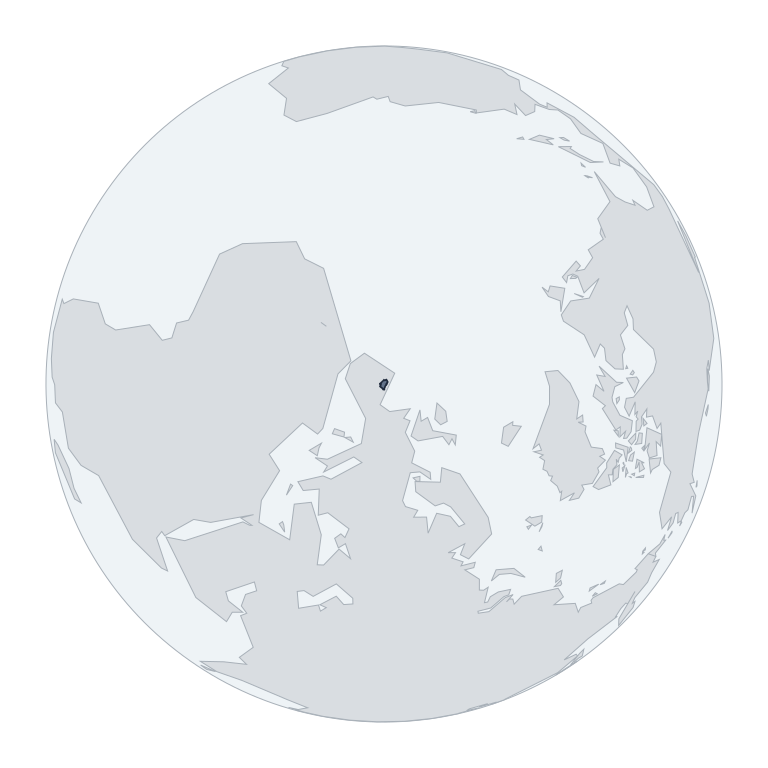 the Earth from above León, rotated 125°
{"feature_id": "ESP-5830", "entity_name": "León", "entity_type": "Autonomous Community", "adm_level": 1, "iso_a3": "ESP", "parent_name": "Spain", "parent_adm1": "", "projection": "orthographic", "projection_center": [-5.923, 42.635], "detail": "fine", "context": "on_globe", "style": "filled", "palette": "slate", "viewbox_px": 768, "rotation_deg": 125, "n_neighbors": 0, "source": "natural_earth", "source_scale": "10m", "svg_char_len": 11724}
<svg xmlns="http://www.w3.org/2000/svg" viewBox="0 0 768 768"><g transform="rotate(125 384 384)"><circle cx="384" cy="384" r="338" fill="#eef3f6" stroke="#a8b0b8"/><path d="M106.8,577.2L97.6,561.6L90.4,548.6L76.6,522.3L59.0,468.2L59.8,459.1L57.6,447.8L64.8,440.9L65.5,417.0L63.7,409.1L60.2,411.7L56.5,381.3L58.7,359.5L66.0,277.3L70.8,263.4L77.3,250.7L112.2,190.1L82.0,237.0L89.4,221.8L101.4,201.9L102.1,202.2L120.2,178.5L131.3,164.1L157.5,140.0L186.5,125.3L178.4,132.0L186.3,128.4L197.0,120.1L202.0,115.7L243.7,98.2L281.0,80.0L286.6,73.5L290.2,76.2L296.8,64.4L313.1,57.6L298.4,66.0L299.7,67.6L312.7,62.9L316.9,63.7L325.5,62.1L329.4,63.7L320.5,69.4L322.8,70.8L331.9,67.5L341.4,67.7L327.8,72.2L343.1,73.2L331.1,84.7L291.6,98.5L288.5,108.9L257.3,134.8L263.8,134.8L256.1,145.7L260.6,150.0L253.6,154.4L263.3,154.2L268.9,149.5L275.1,148.1L278.3,150.4L269.8,156.1L267.0,155.7L266.2,158.7L260.6,160.6L265.1,161.0L254.5,168.0L269.7,164.8L265.1,173.6L256.8,177.3L251.7,172.0L219.7,170.0L209.7,173.6L200.8,183.2L196.3,210.9L187.8,217.4L180.5,229.8L187.9,228.0L196.2,217.9L208.2,218.5L217.0,206.8L223.1,205.7L234.6,196.4L239.1,203.4L237.5,215.6L228.2,223.9L227.2,229.8L241.2,226.9L228.9,248.2L229.6,273.0L225.7,278.4L208.9,278.7L195.9,265.1L174.1,268.4L194.6,272.4L184.6,287.1L185.6,292.4L189.9,295.5L196.2,292.6L194.1,299.3L173.1,297.1L174.6,290.9L181.3,291.4L175.1,285.5L160.9,285.5L156.9,293.7L139.6,287.4L136.6,293.5L131.1,295.9L137.1,286.5L126.0,303.7L105.0,303.5L89.4,333.6L97.8,301.9L96.6,290.9L93.6,280.9L90.8,285.5L90.7,268.0L84.0,264.5L71.9,281.9L64.2,303.9L65.2,320.6L70.1,315.9L73.4,325.5L61.4,342.7L65.8,366.4L59.8,383.3L59.8,398.7L64.3,406.0L68.3,420.7L74.4,416.8L82.9,422.0L79.7,437.5L87.0,429.6L89.9,443.2L108.9,463.7L106.6,465.6L122.0,500.7L144.1,526.1L149.2,540.9L146.0,545.5L154.8,553.2L155.1,557.6L195.0,585.8L219.3,606.3L221.1,620.2L205.9,627.7L204.1,650.7L180.0,643.6L181.9,650.2L177.2,651.1L164.6,641.0L143.5,621.4L124.2,600.1L106.8,577.2ZM84.2,342.0L89.6,377.3L82.0,366.7L84.3,366.6L83.9,355.4L81.5,339.9L76.2,331.6L84.2,342.0ZM96.8,336.4L95.4,331.5L97.4,335.1L96.8,336.4ZM203.6,113.8L196.7,120.0L185.6,127.6L190.8,122.1L203.6,113.8ZM225.5,101.4L223.4,104.0L214.8,106.6L218.6,104.3L225.5,101.4ZM289.7,69.2L283.3,72.2L288.1,69.1L289.7,69.2ZM326.0,61.7L326.5,60.7L330.8,60.4L326.0,61.7ZM231.3,193.3L232.8,194.8L229.9,195.7L231.3,193.3ZM234.7,188.0L230.1,188.0L231.1,185.5L233.9,185.5L234.7,188.0ZM340.7,62.8L347.4,62.9L339.0,63.7L340.7,62.8ZM240.1,188.7L233.4,181.1L235.2,176.9L247.3,173.7L240.1,188.7ZM350.3,63.7L366.8,64.7L369.3,62.4L371.5,70.2L356.8,66.3L346.0,67.4L351.5,65.3L350.3,63.7ZM269.3,147.1L263.5,152.1L265.4,145.9L269.3,147.1ZM269.0,143.5L266.0,127.6L276.2,121.8L275.1,128.0L286.0,119.3L292.4,124.2L287.9,130.1L280.0,132.7L288.5,132.7L269.0,143.5ZM370.1,74.8L372.7,76.2L368.3,75.8L370.1,74.8ZM277.7,147.0L276.2,144.1L284.9,138.8L289.5,143.7L285.2,143.8L277.7,147.0ZM285.6,114.9L292.9,112.1L300.2,115.2L304.0,114.6L293.4,123.8L285.6,114.9ZM284.9,146.2L291.7,146.4L290.5,151.2L279.8,149.6L284.9,146.2ZM285.2,135.4L289.6,133.2L288.7,136.0L285.2,135.4ZM290.0,169.2L288.0,165.3L292.4,162.1L290.0,169.2ZM294.3,146.2L294.6,144.6L296.1,143.0L300.2,144.2L294.3,146.2ZM299.3,125.6L300.8,127.7L304.0,122.0L309.5,124.4L301.5,130.3L307.3,128.8L309.0,129.6L300.5,133.6L299.3,125.6ZM308.9,140.9L300.6,149.9L303.4,157.5L299.5,160.5L295.8,147.7L308.9,140.9ZM304.7,136.2L306.5,139.7L300.8,141.3L296.2,139.9L304.7,136.2ZM316.2,124.2L309.7,118.8L311.7,117.8L316.2,124.2ZM310.8,142.7L312.8,140.5L311.7,143.0L310.8,142.7ZM315.8,129.4L313.2,127.5L315.6,126.4L315.8,129.4ZM318.9,138.0L316.2,140.7L312.9,139.8L318.9,138.0ZM318.3,133.8L322.1,132.7L313.4,137.8L316.8,133.1L318.3,133.8ZM318.4,128.6L318.9,127.3L319.1,129.6L318.4,128.6ZM332.7,140.4L322.4,147.1L315.3,144.8L326.2,138.5L332.7,140.4ZM583.9,111.6L582.3,110.4L585.8,113.3L579.9,109.3L594.1,120.7L586.3,115.7L601.2,127.8L604.2,129.0L594.6,120.3L610.8,133.9L611.1,133.8L630.6,153.0L648.5,173.7L664.6,195.8L678.9,219.1L691.3,243.5L701.7,268.8L698.9,262.0L703.7,276.7L699.9,267.6L693.0,260.8L698.0,282.1L708.3,330.3L715.5,355.9L716.5,375.4L703.4,355.8L692.5,335.8L690.9,345.7L674.7,340.1L656.0,368.6L650.5,364.9L647.6,373.6L635.8,376.7L626.4,369.7L620.5,376.6L644.9,394.5L650.9,387.1L652.0,368.8L658.0,377.4L669.0,376.7L666.8,415.7L634.4,474.9L626.6,457.3L577.9,420.5L576.8,413.0L576.4,412.3L575.5,411.1L575.8,424.3L565.8,415.9L596.8,446.6L604.1,462.2L634.0,476.6L632.3,481.5L640.6,482.0L661.3,454.0L662.4,460.7L655.5,501.0L622.7,565.2L624.4,585.5L617.6,605.7L591.4,631.4L587.9,642.3L573.5,653.3L568.7,659.8L553.9,671.1L531.3,684.4L499.1,696.2L501.7,692.3L492.5,687.3L481.7,664.4L494.6,646.8L493.7,634.8L469.9,610.1L475.4,590.7L467.9,584.2L453.0,588.9L443.8,580.7L434.3,581.8L371.9,593.2L350.2,580.4L317.7,537.5L327.0,520.8L323.9,499.8L384.0,424.4L402.1,427.5L455.5,408.6L463.1,409.7L462.7,428.4L507.4,437.8L514.9,419.8L549.7,417.7L569.1,407.1L565.7,371.9L533.9,388.6L522.6,375.7L543.5,348.9L570.4,335.0L566.9,329.6L545.0,326.1L546.3,311.2L536.9,324.0L544.4,327.4L538.7,335.9L531.5,333.4L532.2,327.9L522.7,329.6L521.7,356.2L529.2,362.6L507.2,376.8L517.6,389.1L513.4,398.5L494.3,381.3L492.4,372.8L461.0,357.0L461.1,366.9L490.7,382.9L483.6,383.3L483.9,398.2L478.1,387.2L445.8,368.4L422.7,379.3L401.9,418.7L386.6,423.3L370.0,417.7L369.0,381.4L403.2,375.3L403.3,363.5L389.2,348.3L400.8,348.2L399.2,341.6L411.4,338.8L421.4,320.3L432.7,316.1L429.8,295.6L435.3,291.0L435.4,304.2L441.6,311.6L468.9,301.9L472.1,296.1L468.1,283.9L476.1,283.3L468.6,272.8L480.9,262.3L459.7,266.7L454.3,253.7L457.9,240.8L452.3,237.6L446.4,258.9L447.4,266.9L454.5,272.2L454.0,296.2L446.1,302.6L432.1,281.5L419.4,288.7L414.1,270.2L433.5,222.2L445.1,209.8L478.7,214.3L480.0,223.5L468.5,226.2L485.4,234.7L481.1,228.7L487.7,228.6L484.3,217.2L488.8,216.6L477.7,207.0L482.9,205.1L489.9,211.2L489.2,193.9L498.1,187.7L495.8,184.1L490.7,182.1L505.5,176.3L503.1,174.0L497.3,174.9L488.8,171.1L479.6,162.5L485.2,160.9L489.3,163.8L506.3,168.1L516.3,176.7L517.7,175.3L510.3,167.5L489.6,162.2L482.4,157.5L492.2,158.7L488.1,157.9L486.3,155.1L489.7,151.1L479.0,149.5L451.5,124.2L455.5,114.9L467.3,118.1L454.0,101.5L459.5,94.0L454.2,94.6L444.3,88.2L442.5,90.3L439.2,90.2L412.8,76.7L411.0,72.9L393.6,69.5L390.9,70.0L391.3,72.5L371.5,70.2L369.3,62.4L375.6,61.4L369.9,57.9L385.1,56.5L395.1,54.4L415.0,56.0L421.2,54.8L418.2,53.7L424.3,51.8L447.2,53.3L441.7,56.9L410.0,59.4L424.1,58.3L424.8,60.3L432.2,61.2L441.8,60.8L440.5,59.6L475.8,70.8L506.7,78.2L495.1,71.6L495.8,69.5L520.7,76.1L572.6,104.0L573.8,104.4L583.9,111.6ZM369.8,464.3L369.7,471.0L369.8,464.3ZM603.7,336.1L616.7,325.3L602.6,310.9L606.5,305.8L600.3,303.0L601.6,309.9L585.2,301.4L587.8,290.5L582.0,283.3L577.4,286.7L575.1,308.4L598.6,320.2L599.1,331.0L603.7,336.1ZM109.6,464.1L111.5,469.6L108.1,466.4L109.6,464.1ZM78.6,371.3L80.9,376.3L81.3,381.2L79.1,378.4L78.6,371.3ZM103.3,409.7L107.0,416.0L102.1,412.1L103.3,409.7ZM91.0,382.5L100.2,405.2L91.0,399.4L85.5,385.3L90.6,391.2L91.0,382.5ZM90.9,343.2L91.8,347.3L90.0,349.3L90.9,343.2ZM98.2,339.1L97.4,338.2L98.0,334.4L98.2,339.1ZM185.9,287.1L187.5,287.5L190.8,291.8L187.1,292.0L185.9,287.1ZM218.0,299.5L214.0,310.1L214.3,302.3L208.4,304.2L201.9,290.8L223.4,280.5L214.8,287.3L218.0,299.5ZM199.1,271.2L200.8,280.1L198.1,270.8L199.1,271.2ZM378.4,310.8L384.9,314.2L383.6,322.3L369.2,329.7L370.9,317.8L378.4,310.8ZM394.3,317.3L384.4,295.5L393.0,290.7L389.9,296.9L396.5,296.0L393.3,305.9L411.1,323.5L411.1,332.0L384.6,339.7L393.2,332.2L386.4,329.1L394.3,317.3ZM344.1,254.9L339.9,247.3L363.8,246.5L365.0,253.9L350.8,261.2L341.0,256.8L344.1,254.9ZM262.8,185.5L259.6,183.9L262.0,182.1L266.5,182.0L262.8,185.5ZM288.7,167.7L278.9,191.0L274.8,190.2L274.0,205.8L262.9,210.0L263.8,199.6L254.6,214.9L251.0,207.2L246.0,218.1L249.2,194.5L245.5,188.8L253.8,193.4L264.1,189.6L267.5,186.3L274.3,172.8L271.6,159.5L281.4,154.2L289.1,154.1L291.2,156.5L284.2,159.0L292.1,160.4L283.6,165.9L288.7,167.7ZM373.0,165.4L363.9,165.6L378.4,172.7L369.9,176.9L372.1,177.5L368.3,183.5L367.5,192.1L362.8,193.1L364.5,196.1L362.0,200.4L362.7,204.9L354.6,208.5L354.8,214.5L350.8,212.9L353.5,222.3L347.9,217.0L344.1,222.6L351.5,224.8L305.7,236.8L290.9,247.1L281.6,259.1L273.2,249.3L276.5,232.3L286.6,214.2L302.1,206.1L295.5,203.5L300.9,199.1L303.9,203.0L302.6,194.4L307.9,191.9L316.8,178.0L311.7,168.1L314.9,163.1L319.5,165.8L319.4,159.0L330.3,160.8L332.7,157.5L345.9,156.3L353.4,164.0L355.6,159.7L365.8,159.0L373.0,165.4ZM336.5,140.3L347.4,147.7L348.1,153.9L324.8,153.5L321.0,156.3L306.2,157.1L305.5,148.3L309.8,148.8L313.8,147.3L312.4,150.6L316.5,146.9L322.6,147.6L327.5,145.0L329.7,148.1L336.5,140.3ZM468.3,401.3L473.6,400.6L481.0,397.5L481.3,407.2L468.3,401.3ZM446.1,388.7L450.4,386.4L454.4,397.8L448.9,398.9L446.1,388.7ZM449.3,375.8L450.3,385.4L446.5,380.9L449.3,375.8ZM439.0,301.6L443.1,298.8L444.9,301.4L444.2,306.3L439.0,301.6ZM414.2,190.0L408.9,188.5L409.2,186.6L401.1,178.9L406.7,175.6L413.9,178.9L414.2,190.0ZM562.3,380.4L558.7,389.6L554.9,388.2L556.9,385.3L562.3,380.4ZM519.6,400.5L531.0,400.2L519.6,403.1L519.6,400.5ZM419.0,185.1L414.9,182.2L420.2,182.4L419.0,185.1ZM410.4,172.8L416.1,172.2L406.5,174.3L410.4,172.8ZM655.6,571.5L628.8,613.7L618.5,622.5L621.0,616.0L633.9,593.6L647.3,578.0L655.1,563.9L655.6,571.5ZM716.2,357.0L719.5,365.6L719.4,373.0L716.2,357.0ZM461.3,157.5L466.4,171.4L473.8,180.3L483.8,183.1L471.9,185.6L460.5,171.8L461.3,157.5ZM452.2,128.2L443.4,126.6L445.6,123.9L447.9,123.9L452.2,128.2ZM448.0,129.6L440.3,134.2L434.3,131.1L441.6,128.1L448.0,129.6ZM430.0,158.6L431.1,162.8L426.8,162.4L430.0,158.6ZM524.0,76.4L509.8,70.8L500.2,66.7L501.1,67.0L516.7,73.2L517.4,73.5L520.0,74.7L524.0,76.4ZM503.1,68.2L507.2,70.1L492.2,69.2L486.6,68.2L493.0,65.6L497.2,67.5L502.5,68.7L503.1,68.2ZM375.1,74.9L372.9,76.0L372.6,74.4L375.1,74.9ZM438.4,91.6L433.8,91.2L433.5,89.0L438.4,91.6ZM421.0,89.2L424.5,91.9L418.5,89.7L421.0,89.2ZM432.9,98.2L424.8,93.3L435.9,97.1L432.9,98.2Z" fill="#d9dde1" stroke="#a8b0b8" stroke-width="1"/><path d="M388.4,380.4L388.5,380.4L388.6,380.5L388.7,381.0L388.8,381.3L389.0,381.3L389.1,381.5L389.0,381.8L388.9,381.9L388.8,382.0L388.8,382.3L388.6,382.4L388.6,382.5L388.4,382.6L388.4,383.1L388.3,383.3L388.5,383.5L388.4,383.8L388.5,384.0L388.4,384.5L388.5,384.5L388.4,385.4L388.4,385.5L388.1,385.5L388.3,385.7L388.2,386.0L387.9,386.0L387.7,386.1L387.6,385.9L387.5,386.0L387.4,386.1L387.2,386.2L386.9,386.3L386.8,386.5L386.7,386.5L386.5,386.4L386.4,386.5L386.4,386.9L386.3,387.2L386.4,387.5L386.2,387.6L385.8,387.2L385.7,387.2L385.6,387.4L385.3,387.2L385.2,387.0L385.2,386.9L385.1,387.0L384.8,387.1L384.7,386.9L384.4,387.0L384.2,387.0L384.2,386.9L383.9,386.9L383.9,387.0L383.5,386.8L382.8,386.9L382.7,386.9L382.4,386.7L382.2,386.6L381.8,386.5L381.5,386.6L381.4,386.6L381.2,386.5L380.8,386.5L380.6,386.5L380.6,386.4L380.2,386.2L380.3,386.2L380.4,385.9L380.5,385.7L380.4,385.7L380.2,385.5L380.0,385.3L380.1,385.2L380.1,384.9L379.8,384.8L379.7,384.7L379.5,384.8L379.4,384.8L379.2,384.8L379.0,384.7L379.1,384.3L379.1,384.2L379.3,383.9L379.2,383.8L379.2,383.7L379.3,383.5L379.4,383.4L379.5,383.3L379.8,383.1L380.0,382.9L379.9,382.6L380.0,382.5L380.0,382.4L380.3,382.4L380.3,382.5L380.4,382.4L380.5,382.4L380.9,382.3L381.0,382.3L381.3,382.3L381.5,382.3L381.7,382.1L381.8,382.1L381.7,382.0L381.6,381.9L381.8,381.9L381.9,381.7L382.0,381.6L382.3,381.6L382.6,381.7L382.7,381.8L382.7,381.7L382.8,381.6L383.0,381.7L383.3,381.6L383.5,381.5L383.8,381.5L384.0,381.8L384.3,382.0L384.5,382.0L384.7,381.9L384.7,381.7L384.8,381.7L385.0,381.6L385.3,381.6L385.5,381.7L385.8,381.7L386.2,381.5L386.3,381.5L386.3,381.3L386.7,381.3L387.1,381.3L387.3,381.2L387.5,381.2L387.6,380.9L387.8,380.7L388.1,380.6L388.4,380.4L388.4,380.4ZM386.6,386.3L386.7,386.2L386.6,386.3L386.6,386.3Z" fill="#64748b" stroke="#1e293b" stroke-width="1.5"/></g></svg>